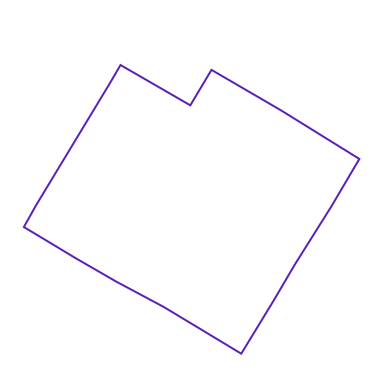 Texas, Missouri, United States of America (Robinson projection), rotated 300°
{"feature_id": "52423323B54713673319448", "entity_name": "Texas", "entity_type": "district", "adm_level": 2, "iso_a3": "USA", "parent_name": "United States of America", "parent_adm1": "Missouri", "projection": "robinson", "projection_center": [-91.991, 37.327], "detail": "fine", "context": "isolated", "style": "outline", "palette": "violet", "viewbox_px": 384, "rotation_deg": 300, "n_neighbors": 0, "source": "geoboundaries", "source_scale": "gbopen_adm2", "svg_char_len": 359}
<svg xmlns="http://www.w3.org/2000/svg" viewBox="0 0 384 384"><g transform="rotate(300 192 192)"><path d="M76.5,124.7L76.5,171.3L78.3,225.3L76.6,315.5L138.8,317.0L180.1,317.3L249.3,319.9L304.3,320.4L307.2,228.3L307.5,147.8L266.2,147.2L266.2,66.6L245.5,66.5L161.6,64.8L102.9,63.6L77.6,63.9L76.5,124.7Z" fill="none" stroke="#5b21b6" stroke-width="2"/></g></svg>